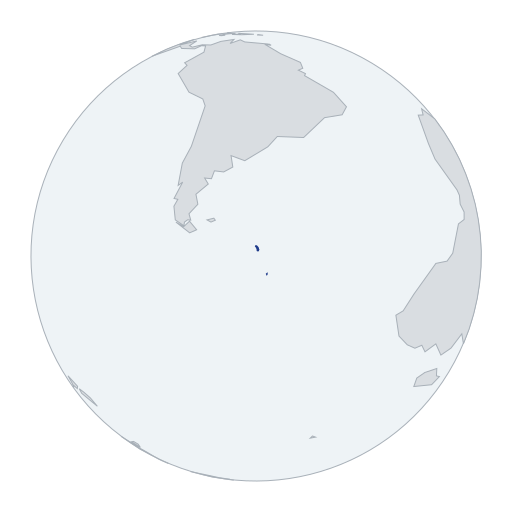 South Georgia and the Islands highlighted on a globe, orthographic projection, rotated 31°
{"feature_id": "SGS", "entity_name": "South Georgia and the Islands", "entity_type": "country or territory", "adm_level": 0, "iso_a3": "SGS", "parent_name": "Seven seas (open ocean)", "parent_adm1": "", "projection": "orthographic", "projection_center": [-35.407, -56.238], "detail": "fine", "context": "on_globe", "style": "filled", "palette": "blue", "viewbox_px": 512, "rotation_deg": 31, "n_neighbors": 0, "source": "natural_earth", "source_scale": "50m", "svg_char_len": 3366}
<svg xmlns="http://www.w3.org/2000/svg" viewBox="0 0 512 512"><g transform="rotate(31 256 256)"><circle cx="256" cy="256" r="225" fill="#eef3f6" stroke="#a8b0b8"/><path d="M112.0,82.7L111.9,82.8L112.0,82.7ZM72.7,125.0L79.3,116.4L84.0,110.5L91.7,101.9L81.8,114.6L94.5,102.1L90.7,109.9L93.8,109.8L101.2,102.6L108.6,98.4L115.4,90.1L125.6,81.7L124.3,87.2L131.2,78.8L136.1,78.3L157.3,68.0L155.3,70.0L173.0,69.9L194.4,67.2L199.4,71.0L196.6,74.9L204.5,74.2L204.7,76.4L238.1,75.8L256.7,81.5L257.1,90.6L243.5,102.1L235.8,129.9L212.7,142.6L209.9,156.3L197.3,180.1L182.9,182.8L190.3,191.7L185.0,200.6L176.5,204.4L178.0,212.7L171.8,215.6L178.0,218.9L172.7,234.0L179.5,241.6L176.8,254.3L181.6,258.9L178.8,260.1L177.2,263.8L178.6,267.2L168.2,266.6L160.0,255.6L159.8,247.7L156.1,248.9L155.1,230.4L152.9,235.6L145.0,214.3L144.1,195.3L135.1,153.5L129.5,148.8L114.2,150.1L95.3,139.7L98.7,128.1L95.3,127.1L106.4,108.1L104.6,101.9L101.0,103.8L96.7,110.0L85.4,116.4L83.0,115.2L63.9,138.4L72.7,125.0ZM108.9,85.5L123.7,75.6L113.3,83.3L115.6,81.2L112.3,83.2L105.5,88.6L96.9,96.6L108.9,85.5ZM187.2,270.3L169.9,268.2L178.9,268.1L181.1,260.4L191.6,264.1L187.2,270.3ZM195.4,250.3L200.4,245.3L202.7,246.3L199.9,250.1L195.4,250.3ZM479.0,224.4L479.1,224.5L472.5,216.7L470.6,234.5L465.5,245.7L455.4,238.7L450.2,251.1L444.1,247.1L439.7,253.2L431.4,254.2L419.8,251.0L406.4,234.7L410.4,227.2L411.0,207.2L414.0,169.7L422.4,162.0L423.2,152.3L413.0,124.2L415.6,117.5L411.7,111.1L404.3,106.4L399.1,99.2L394.2,95.8L359.5,80.7L345.9,70.8L322.5,51.7L326.6,49.0L322.1,44.5L338.6,46.4L353.1,52.7L367.2,60.1L380.6,68.3L393.5,77.6L405.7,87.7L417.2,98.6L427.8,110.3L437.6,122.7L446.6,135.8L454.5,149.5L461.5,163.7L467.5,178.4L472.4,193.4L476.3,208.8L479.0,224.4ZM344.8,49.1L345.8,49.7L344.8,49.1ZM158.0,67.6L160.4,67.6L156.9,69.1L158.0,67.6ZM110.8,86.0L114.4,83.4L115.9,82.6L113.0,84.9L110.8,86.0ZM143.8,65.1L148.4,63.1L143.1,66.0L143.8,65.1ZM126.2,74.2L140.0,67.0L129.8,73.7L121.3,78.5L127.8,74.1L126.2,74.2ZM116.3,79.4L118.3,77.9L117.0,79.0L116.3,79.4ZM400.3,380.6L396.3,384.2L397.1,381.2L400.3,380.6ZM472.8,275.9L458.5,286.6L456.7,277.8L460.7,268.9L468.9,259.3L472.4,265.8L475.3,264.9L472.8,275.9ZM177.4,463.5L172.9,460.8L178.5,461.4L187.2,463.0L197.4,466.5L177.4,463.5ZM251.9,478.0L255.5,479.6L245.0,479.3L246.5,478.0L251.9,478.0ZM171.1,461.7L166.2,460.8L167.6,462.7L164.3,459.9L156.5,455.5L170.2,459.6L171.1,461.7ZM310.9,474.5L338.5,465.0L347.9,461.1L347.8,461.6L352.4,459.6L332.0,468.1L310.9,474.5ZM233.2,480.1L239.1,480.2L250.7,480.3L254.6,480.7L259.0,480.4L268.2,480.3L276.7,480.3L280.8,479.8L279.0,480.1L256.1,481.3L233.2,480.1ZM280.1,480.0L283.6,479.5L287.9,479.0L280.1,480.0Z" fill="#d9dde1" stroke="#a8b0b8" stroke-width="1"/><path d="M252.1,247.5L252.3,247.7L252.5,247.6L252.8,247.6L253.0,247.7L253.2,248.0L253.2,248.3L253.4,248.2L253.6,248.4L253.8,248.3L253.9,248.2L254.0,248.3L254.1,248.6L254.4,249.0L254.5,249.4L254.9,249.4L254.8,249.7L254.9,250.0L255.1,250.2L255.0,250.3L254.8,250.5L254.5,250.6L254.4,250.6L254.1,250.3L253.9,249.9L253.6,249.5L253.6,249.3L253.5,249.2L253.2,249.2L252.8,248.8L252.7,248.7L252.3,248.6L252.2,248.5L252.0,248.3L251.2,247.9L250.9,247.9L250.7,247.8L250.7,247.6L250.9,247.4L250.2,247.4L251.1,247.3L251.4,247.2L251.5,247.3L251.8,247.5L252.1,247.5ZM274.7,265.9L274.7,266.1L274.4,265.9L274.5,265.6L274.7,265.9Z" fill="#3b82f6" stroke="#1e3a8a" stroke-width="1.5"/></g></svg>